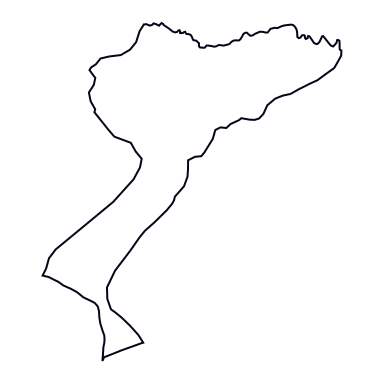 outline of Cavala, Grand Gedeh, Liberia
{"feature_id": "62588387B63271162227743", "entity_name": "Cavala", "entity_type": "district", "adm_level": 2, "iso_a3": "LBR", "parent_name": "Liberia", "parent_adm1": "Grand Gedeh", "projection": "mercator", "projection_center": [-8.18, 6.013], "detail": "fine", "context": "isolated", "style": "outline", "palette": "ink", "viewbox_px": 384, "rotation_deg": 0, "n_neighbors": 0, "source": "geoboundaries", "source_scale": "gbopen_adm2", "svg_char_len": 2909}
<svg xmlns="http://www.w3.org/2000/svg" viewBox="0 0 384 384"><path d="M143.2,342.7L138.3,334.9L130.0,325.7L121.3,317.3L114.7,312.0L111.0,309.4L107.4,299.2L107.3,298.7L107.0,287.4L115.1,270.6L130.1,250.9L139.7,237.2L144.0,231.9L144.9,230.8L154.7,222.1L166.8,210.2L168.5,208.1L172.0,203.9L174.0,200.4L174.9,196.6L175.8,195.6L179.8,191.1L184.0,186.3L187.5,176.8L188.0,169.3L188.1,160.3L189.0,159.8L195.0,156.8L201.3,156.2L204.8,151.9L204.9,151.6L206.6,148.9L206.8,148.5L212.3,139.7L212.8,138.9L215.3,130.0L220.5,127.4L226.3,128.0L230.6,124.0L238.9,120.2L241.3,118.2L245.3,118.9L249.3,119.6L252.9,119.8L254.5,119.9L259.1,118.5L263.4,113.9L267.3,105.3L275.1,98.7L278.7,97.2L282.7,95.7L283.2,95.5L290.4,94.0L299.6,88.8L301.2,88.1L309.4,83.9L317.5,80.2L322.2,76.7L327.0,73.2L334.2,68.0L337.1,63.1L341.2,55.6L341.4,50.7L341.1,50.7L339.7,49.3L339.6,46.6L339.6,43.2L339.4,40.7L338.0,39.9L337.1,40.1L336.6,42.6L335.0,44.6L333.1,46.5L330.7,45.4L328.7,43.0L323.2,36.1L322.1,36.3L321.1,38.6L319.4,42.1L317.5,43.9L316.2,44.0L314.0,43.0L311.4,39.1L309.6,36.4L308.2,36.0L307.8,37.0L307.6,38.2L306.6,38.6L305.8,39.0L305.1,38.1L305.0,37.2L304.7,35.5L303.8,35.1L301.7,35.5L301.2,36.8L299.7,37.9L298.9,38.1L297.4,37.1L297.1,32.2L296.6,29.7L295.1,26.9L293.2,25.1L291.1,24.6L287.7,25.0L284.6,25.4L283.4,25.7L281.2,26.4L277.4,28.1L274.7,27.8L270.6,28.8L269.2,30.5L267.7,32.5L265.5,32.5L262.6,31.8L259.3,31.8L257.6,32.8L255.2,33.7L252.7,35.4L250.3,35.8L248.4,34.1L246.9,32.7L245.2,32.8L243.4,34.0L242.2,36.4L240.3,39.4L238.8,40.5L235.3,40.3L233.3,40.7L231.5,41.8L229.3,44.1L223.6,45.6L219.1,45.0L218.1,45.3L216.3,46.3L214.2,46.7L211.2,46.0L208.6,45.6L206.7,45.5L205.9,46.3L205.0,47.5L203.8,47.8L199.8,47.4L198.9,46.0L199.0,43.3L196.2,40.6L193.4,40.2L192.6,38.7L191.7,36.4L190.7,35.0L188.4,34.0L186.5,34.0L185.8,33.2L185.2,31.8L183.9,32.1L182.9,33.0L181.1,33.1L180.1,33.0L180.1,32.5L180.2,31.5L179.5,30.2L178.4,30.5L177.2,31.9L175.2,32.4L172.5,31.5L171.5,30.6L168.9,28.5L163.4,24.8L163.2,24.0L161.6,23.0L160.1,24.5L159.0,25.7L156.2,24.2L153.5,23.4L152.8,24.2L152.0,25.0L149.9,25.6L146.0,24.1L144.4,24.5L143.9,24.4L139.6,31.2L136.1,42.2L133.1,45.9L130.0,49.7L120.7,55.1L119.6,55.2L109.1,56.5L100.5,58.5L95.9,64.3L91.0,67.5L89.5,70.1L92.7,74.5L95.3,77.9L93.8,84.9L88.9,92.4L90.6,101.1L90.8,101.5L95.2,109.3L94.4,112.2L108.5,129.9L114.4,136.7L130.8,142.8L135.7,151.5L141.7,158.8L140.0,167.4L133.6,179.3L113.3,201.8L85.3,225.0L55.6,249.5L53.4,252.5L49.0,258.2L47.7,262.9L46.1,268.6L42.6,275.6L48.6,277.0L53.7,279.6L58.3,281.8L63.4,285.5L70.5,288.6L71.1,288.9L77.2,292.3L83.3,297.3L90.0,300.5L92.8,301.9L94.8,303.0L95.2,303.5L96.5,304.9L97.4,306.1L97.7,306.4L98.0,307.3L99.0,311.2L99.3,317.1L100.3,323.5L102.8,331.5L103.8,334.1L104.3,335.6L104.5,338.8L104.5,340.1L104.3,342.8L103.4,347.2L102.9,355.3L102.4,361.0L104.1,357.3L105.0,356.9L110.9,354.6L121.6,350.3L141.7,343.1L143.2,342.7Z" fill="none" stroke="#020617" stroke-width="2"/></svg>